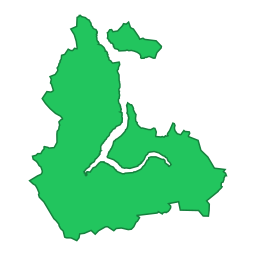 Stranda nor, Møre og Romsdal, Norway (Albers equal-area conic projection)
{"feature_id": "86288312B75373979576065", "entity_name": "Stranda nor", "entity_type": "district", "adm_level": 2, "iso_a3": "NOR", "parent_name": "Norway", "parent_adm1": "Møre og Romsdal", "projection": "albers", "projection_center": [7.009, 62.168], "detail": "fine", "context": "isolated", "style": "filled", "palette": "green", "viewbox_px": 256, "rotation_deg": 0, "n_neighbors": 0, "source": "geoboundaries", "source_scale": "gbopen_adm2", "svg_char_len": 5806}
<svg xmlns="http://www.w3.org/2000/svg" viewBox="0 0 256 256"><path d="M127.7,102.9L127.6,103.5L126.9,104.6L127.0,105.8L126.7,105.8L127.1,107.8L127.4,111.5L127.0,112.6L127.0,113.4L127.9,114.4L128.2,116.4L128.7,116.9L128.8,118.3L128.5,118.3L128.6,119.6L128.2,119.9L127.8,125.7L127.3,127.5L126.6,129.1L125.6,129.8L125.2,131.3L121.2,135.8L117.5,138.6L115.5,139.7L115.0,140.8L114.3,140.8L113.6,141.8L113.1,144.5L111.3,148.8L111.0,148.8L109.1,152.3L108.9,152.1L108.3,153.7L108.0,155.4L107.2,156.4L107.5,157.5L113.7,159.7L118.5,163.3L118.5,163.7L120.3,165.8L121.0,166.0L122.0,167.5L124.7,168.2L126.0,167.9L129.8,168.4L137.9,166.1L138.4,164.9L139.4,164.7L141.2,163.0L141.2,162.6L141.5,162.8L141.6,162.2L142.3,161.9L144.2,159.3L145.8,155.6L147.6,154.1L148.0,153.0L149.2,152.2L154.1,151.5L158.9,152.9L163.0,155.7L165.1,156.4L165.4,157.3L166.9,157.9L168.1,160.9L169.8,162.4L171.1,164.6L169.2,166.4L168.7,166.3L167.8,164.6L167.0,164.4L165.0,162.6L164.8,161.7L165.1,161.3L164.8,160.4L163.6,159.3L162.1,159.4L156.0,156.9L150.9,156.9L148.7,157.7L148.6,159.6L147.2,160.2L144.6,165.2L142.9,166.6L141.4,168.8L139.9,169.8L135.4,171.9L133.9,171.9L133.2,172.6L125.0,173.2L124.5,173.7L122.5,173.8L117.5,171.7L116.1,170.6L116.1,170.1L115.1,169.5L113.3,167.1L110.3,165.9L109.0,164.7L108.0,164.5L108.0,164.0L103.4,162.2L103.6,161.9L100.7,161.9L98.8,163.3L95.7,166.9L93.1,167.8L90.1,172.1L87.0,171.7L86.5,172.8L86.9,174.9L86.0,175.7L85.3,174.9L85.8,174.5L85.6,174.1L85.7,173.7L84.5,173.0L84.9,172.8L84.7,172.1L84.0,171.6L86.3,168.8L89.6,166.5L89.5,165.4L91.1,163.9L90.8,163.7L94.2,161.7L95.4,158.9L96.2,158.6L99.1,155.3L99.5,153.9L99.8,153.9L99.6,153.5L99.9,153.4L100.2,151.5L100.8,151.0L100.3,151.0L100.8,150.0L100.7,146.7L101.2,145.1L101.7,144.8L102.5,143.2L103.4,142.9L103.5,142.2L104.9,140.6L105.1,139.9L106.1,139.3L107.0,137.4L108.7,136.0L109.2,135.3L109.9,133.0L111.5,131.5L112.3,130.1L113.5,129.0L114.8,128.6L116.1,126.5L120.2,124.7L121.2,123.1L121.4,122.4L122.1,122.2L122.3,118.1L121.8,116.3L122.1,115.4L122.0,112.7L120.3,112.0L121.0,111.8L120.9,110.0L120.9,109.3L121.2,109.3L121.1,108.6L120.5,107.3L120.3,106.4L120.5,106.4L119.9,104.4L119.0,103.4L118.5,101.6L118.4,99.7L118.8,98.6L119.3,98.2L119.2,97.0L119.6,95.7L119.5,94.3L119.1,93.1L119.4,91.5L119.1,91.5L118.8,89.3L119.9,87.3L119.9,84.3L119.5,82.6L119.5,81.5L119.1,80.6L119.0,74.9L117.5,71.9L117.3,70.3L118.3,69.2L118.5,67.2L119.7,64.7L119.4,62.8L119.0,62.7L119.0,62.1L112.8,63.1L112.1,62.7L110.7,60.8L109.2,60.0L108.8,58.8L108.9,57.9L107.6,56.0L108.0,54.8L107.5,53.9L107.2,53.9L107.3,52.6L106.4,51.3L105.3,51.3L105.0,49.6L103.9,47.5L101.4,45.2L99.2,44.5L99.6,44.4L99.0,44.0L98.8,42.9L98.5,42.9L98.2,41.7L97.8,41.8L97.3,40.9L96.8,39.4L96.9,38.1L96.4,36.2L96.9,35.6L96.4,34.5L97.0,33.8L97.2,32.6L96.8,32.7L97.0,31.4L96.7,31.4L96.0,29.6L94.3,29.1L92.9,28.0L92.6,27.0L91.3,25.6L90.9,23.1L89.4,20.9L89.4,20.3L87.5,19.4L85.4,17.6L81.4,16.6L80.5,15.4L79.2,15.5L79.1,16.5L77.1,17.4L76.7,26.4L70.8,29.0L74.3,34.7L76.3,41.4L77.2,48.1L77.0,48.8L74.5,48.3L73.2,50.0L72.3,50.6L70.5,50.4L68.2,49.2L64.7,54.4L61.6,55.3L61.2,59.1L60.0,61.0L60.3,61.2L60.0,62.5L59.1,63.5L58.5,66.2L57.1,68.0L57.7,69.1L57.7,70.8L55.2,74.5L50.0,76.6L51.3,79.2L50.5,83.0L51.5,84.2L53.4,90.4L52.7,91.2L50.9,92.1L46.9,91.6L42.2,98.6L45.6,103.6L50.1,108.6L55.5,113.4L60.5,116.1L62.4,118.3L62.4,119.2L61.2,119.5L58.9,121.9L59.7,125.3L59.2,126.3L58.7,129.5L57.2,131.2L56.9,134.1L57.0,142.4L54.2,147.6L48.9,148.1L48.0,147.4L44.3,146.6L44.0,146.9L44.1,148.9L42.5,150.6L40.8,153.6L37.7,153.6L36.0,155.3L32.5,156.2L33.2,159.2L36.3,161.3L37.7,163.0L39.1,165.6L40.9,166.9L42.1,170.3L42.3,172.3L41.1,174.3L37.5,175.9L29.6,180.7L33.1,183.9L35.4,185.3L37.1,188.2L39.3,193.3L38.6,194.2L38.6,194.8L39.4,197.3L43.9,201.9L53.9,218.7L56.0,220.6L58.9,224.2L59.1,225.8L60.7,228.7L63.2,231.0L64.7,237.1L66.3,237.8L71.1,237.9L76.8,240.6L79.0,237.8L79.7,233.9L84.3,233.3L91.1,230.4L95.2,234.2L98.6,230.7L105.5,226.8L107.6,226.7L113.8,230.7L116.2,228.5L121.3,228.0L128.3,229.6L131.4,229.2L133.8,226.7L136.0,222.2L137.4,221.2L139.5,217.8L139.5,217.4L137.2,216.0L137.1,215.4L157.1,213.0L158.1,212.4L158.3,211.7L162.3,213.9L162.9,212.9L165.0,212.2L166.1,212.6L168.2,211.4L169.6,209.7L170.6,207.9L170.7,206.1L168.5,203.6L177.1,202.0L178.6,201.7L180.3,210.1L198.6,210.5L203.2,216.0L208.4,216.1L209.1,210.4L209.3,204.2L206.6,200.8L218.1,191.4L218.0,191.1L221.4,187.8L222.1,186.7L221.1,186.1L221.3,183.1L221.7,182.5L222.9,182.2L223.9,179.6L224.0,178.0L225.2,175.7L226.4,175.7L225.5,173.2L223.4,171.7L225.1,169.5L214.4,168.2L207.8,157.0L200.9,150.3L198.1,140.4L188.7,136.7L188.3,136.1L189.7,133.3L189.3,131.9L184.8,131.4L183.9,130.5L181.4,133.8L181.2,134.4L180.4,134.7L177.2,133.7L175.0,130.7L174.5,128.8L174.5,127.2L175.0,125.5L174.3,123.7L172.9,123.1L169.7,130.5L167.7,133.4L167.4,134.6L168.0,135.7L166.2,136.2L165.4,135.8L164.1,137.2L162.2,136.5L161.1,137.0L155.8,136.5L155.7,135.9L156.3,132.0L154.9,128.4L153.6,128.1L150.8,129.7L148.2,129.5L142.5,128.0L141.3,128.2L139.0,126.3L137.4,124.4L137.0,123.3L137.2,122.6L135.8,121.3L135.5,118.3L136.0,114.5L135.1,113.4L133.9,110.9L133.3,109.4L133.5,108.6L132.9,107.0L131.6,104.8L130.6,104.9L127.7,102.9ZM161.4,46.3L156.1,40.8L144.7,39.4L143.0,38.2L139.7,39.2L138.7,36.8L133.4,29.0L131.2,28.1L130.3,27.1L128.6,22.1L126.3,24.1L123.5,23.7L122.5,25.7L117.6,31.0L112.9,31.7L111.6,29.6L109.7,29.8L108.0,32.5L107.4,32.7L107.7,34.3L107.8,36.7L107.4,38.2L108.7,39.6L109.1,41.0L109.7,41.1L110.7,42.9L112.3,43.3L113.4,44.8L113.2,45.0L113.5,45.8L113.5,46.5L113.8,46.5L114.2,47.7L115.0,48.6L117.2,49.1L118.4,49.7L119.0,50.9L125.5,50.6L127.0,50.0L128.8,50.7L131.4,50.4L134.2,51.1L137.3,52.3L139.9,54.1L140.8,56.1L140.7,57.6L141.3,58.3L144.2,58.2L145.0,57.4L146.7,57.4L148.1,56.6L149.6,56.5L153.2,58.1L155.0,58.1L156.9,52.6L161.1,48.0L161.4,46.3Z" fill="#22c55e" stroke="#15803d" stroke-width="1.5"/></svg>